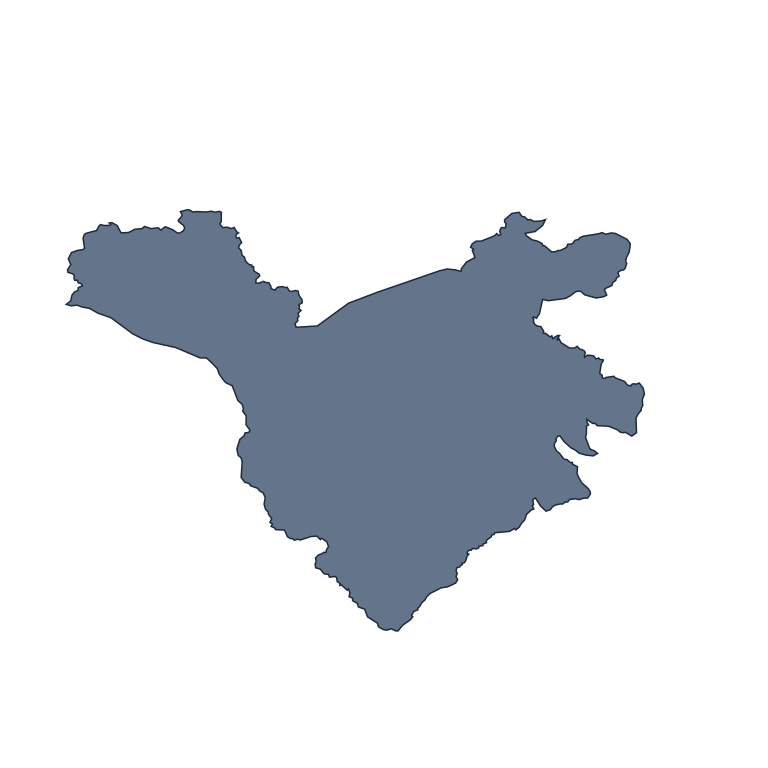 outline of Makhoarane, Maseru, Lesotho, rotated 72°
{"feature_id": "5366337B32255205566264", "entity_name": "Makhoarane", "entity_type": "district", "adm_level": 2, "iso_a3": "LSO", "parent_name": "Lesotho", "parent_adm1": "Maseru", "projection": "robinson", "projection_center": [27.527, -29.591], "detail": "fine", "context": "isolated", "style": "filled", "palette": "slate", "viewbox_px": 768, "rotation_deg": 72, "n_neighbors": 0, "source": "geoboundaries", "source_scale": "gbopen_adm2", "svg_char_len": 6158}
<svg xmlns="http://www.w3.org/2000/svg" viewBox="0 0 768 768"><g transform="rotate(72 384 384)"><path d="M210.1,661.6L212.9,657.6L214.2,651.5L217.6,647.2L221.0,640.8L228.3,634.1L236.7,623.1L258.5,607.6L266.5,599.6L273.3,590.7L284.9,570.9L302.4,550.8L304.4,544.7L311.9,540.7L318.0,537.7L323.5,537.7L330.8,535.4L333.9,534.0L338.7,528.9L354.6,528.1L359.6,525.1L363.9,525.4L366.4,526.8L371.7,524.9L380.1,527.8L386.7,525.7L388.2,527.8L387.6,531.3L390.1,533.2L392.1,538.2L400.2,544.0L406.9,544.7L409.8,542.8L413.9,542.8L428.7,548.7L434.4,546.8L436.9,543.1L439.6,542.3L443.9,536.7L447.5,535.1L450.3,532.5L455.5,532.1L461.2,535.2L466.5,535.4L469.9,533.7L472.3,534.1L477.4,532.4L480.4,535.2L482.6,533.3L484.5,535.4L486.8,532.8L489.1,532.0L492.1,523.8L499.5,523.0L502.3,520.4L502.8,518.7L504.8,517.6L505.0,514.0L506.5,511.8L506.5,500.7L507.9,494.9L512.3,492.6L511.5,490.9L516.3,487.2L521.5,487.0L523.9,490.0L526.3,491.3L525.5,493.2L526.4,496.2L526.2,498.9L528.3,502.9L532.3,503.5L534.0,505.2L537.7,505.8L540.4,501.8L546.1,499.6L547.9,495.6L550.8,495.6L552.1,489.6L553.8,488.9L557.5,489.6L560.1,487.4L561.9,488.3L561.9,486.6L568.8,482.7L567.9,481.0L571.9,481.0L575.5,482.9L578.0,480.0L580.4,480.8L584.3,477.2L588.2,477.2L592.1,472.0L600.4,471.6L609.5,464.1L613.3,464.3L617.2,460.7L619.0,457.5L619.1,452.7L622.3,449.3L623.2,446.9L619.2,440.8L616.4,431.8L614.3,428.6L612.6,429.4L609.5,425.8L609.2,421.5L607.7,421.3L606.4,418.5L603.7,415.7L602.1,411.9L599.0,408.4L597.5,405.0L595.5,392.6L596.6,386.2L595.5,377.4L592.9,374.4L589.5,375.0L586.8,372.9L583.8,373.2L581.2,371.4L581.4,368.5L580.1,367.1L580.0,365.3L578.5,365.2L578.8,362.9L577.6,361.1L573.4,358.1L572.0,355.9L571.2,357.2L569.7,356.8L568.4,355.0L569.0,352.1L567.7,350.8L569.4,347.1L569.2,344.6L567.6,344.0L568.3,339.9L566.8,339.2L566.6,335.5L565.1,335.3L563.9,333.9L562.7,329.6L560.9,328.1L561.1,325.7L559.7,324.6L563.0,310.1L561.7,304.4L563.5,303.7L561.9,299.6L559.1,296.5L556.9,292.4L551.9,288.5L549.2,282.6L549.2,280.2L545.7,280.6L544.8,279.0L539.9,278.2L539.2,275.2L548.3,272.9L555.0,269.2L555.0,265.0L552.7,261.3L552.1,258.4L552.5,253.6L553.4,251.2L552.3,248.4L552.9,245.6L551.2,243.4L552.3,237.3L554.3,234.2L554.3,229.3L555.4,225.5L552.3,221.6L550.3,221.2L546.7,222.0L539.2,226.4L532.6,227.8L528.6,228.0L522.5,225.5L518.7,229.3L516.8,229.1L516.5,230.9L512.6,233.2L511.0,236.1L504.4,238.4L500.6,240.7L495.5,241.3L492.7,239.8L491.1,237.5L489.1,237.3L487.3,234.7L487.9,232.6L494.4,230.6L502.8,225.7L505.9,222.5L510.0,219.9L513.7,214.5L517.0,207.4L516.0,202.3L512.1,204.9L511.0,206.8L508.9,208.3L496.9,208.8L494.2,207.0L486.5,204.4L486.2,202.1L483.5,202.7L480.3,202.0L486.0,197.8L486.7,195.4L489.5,194.1L493.5,183.6L499.9,175.9L502.6,174.4L504.2,171.8L504.6,169.2L510.1,164.5L508.4,158.9L494.4,154.9L491.3,151.9L488.4,147.4L486.4,146.7L484.6,144.6L478.5,143.1L474.0,139.4L468.0,138.8L462.0,140.9L462.0,144.8L460.8,146.7L461.0,148.7L462.1,149.8L460.3,152.8L455.8,154.5L449.6,162.1L447.7,163.0L446.4,170.8L447.0,172.6L445.6,174.6L443.3,173.7L440.6,175.5L432.2,171.3L429.6,168.3L428.6,168.2L427.4,171.2L425.6,171.8L425.6,174.7L422.0,176.0L420.5,179.0L419.4,181.8L420.5,184.8L418.6,184.6L416.9,183.0L414.7,183.1L412.4,185.1L411.4,187.1L407.8,188.6L408.7,191.5L407.1,196.4L399.5,202.8L395.0,203.6L395.8,204.3L395.6,205.5L394.0,204.8L392.2,202.1L391.5,203.5L392.3,207.7L393.2,208.2L393.0,209.5L390.0,209.5L390.6,210.9L390.1,211.8L385.9,214.5L384.9,216.8L383.2,215.8L377.9,217.1L376.0,220.6L373.9,222.2L370.9,222.6L368.6,221.5L366.8,222.1L366.4,220.8L368.6,218.7L365.1,214.4L352.6,207.0L355.6,201.8L358.7,184.9L357.7,179.5L355.6,173.7L355.6,170.8L356.6,168.3L361.3,165.5L367.8,155.6L368.9,147.9L368.3,144.7L362.8,145.4L361.5,143.6L360.8,136.8L358.1,134.9L357.1,131.6L355.0,130.1L354.1,127.1L350.1,127.1L349.2,123.8L349.6,120.8L348.6,119.0L344.3,115.9L342.2,116.3L338.6,114.3L334.4,110.1L330.1,107.9L326.5,106.4L321.6,108.1L312.3,117.4L310.5,121.3L310.1,126.9L307.4,129.8L307.4,133.8L305.0,148.9L305.4,152.7L306.6,154.1L306.4,158.1L308.5,160.8L308.8,162.8L307.9,166.1L310.4,168.1L311.0,171.6L311.5,174.9L310.7,177.7L311.3,179.5L310.2,183.7L302.4,188.4L301.6,190.0L299.2,190.2L295.6,193.8L292.7,198.5L287.0,202.7L284.4,203.2L285.7,193.1L282.1,184.0L277.5,179.6L277.5,184.4L275.7,191.1L272.7,194.1L272.6,196.4L268.6,198.5L267.2,201.0L262.4,202.5L261.3,209.8L265.1,218.6L267.3,219.2L269.1,218.4L272.5,220.0L273.0,221.0L271.6,223.2L271.9,224.8L274.3,226.7L278.1,226.8L278.1,229.1L275.8,230.3L277.1,232.9L277.5,237.1L278.1,247.6L276.6,252.2L278.0,256.8L280.6,259.4L283.6,257.2L284.3,258.7L291.8,258.4L293.5,267.9L298.4,274.9L300.7,276.0L297.6,280.7L294.1,288.4L293.5,296.4L294.7,362.4L296.2,392.8L308.2,429.5L302.9,450.0L299.3,450.1L297.1,446.3L294.4,445.9L293.4,444.0L290.2,444.0L288.4,440.1L286.2,441.6L284.6,440.6L282.3,440.4L281.5,436.7L278.9,435.9L273.2,437.4L269.1,437.0L267.7,439.3L267.5,443.2L266.4,445.2L262.0,446.3L261.6,448.6L260.1,450.1L259.0,455.2L260.9,458.7L258.5,461.9L256.4,461.4L252.0,462.2L251.1,464.8L249.1,466.9L249.5,472.0L248.2,474.7L244.9,473.3L242.8,468.8L241.1,468.8L236.3,472.8L232.1,471.8L231.6,473.4L230.0,473.0L229.0,475.0L226.9,476.5L224.0,477.7L220.2,477.5L217.7,479.2L212.9,478.5L209.5,480.2L207.2,478.7L205.5,475.7L199.9,476.6L199.9,478.9L198.2,479.4L195.9,478.0L195.3,475.7L193.8,477.0L188.8,478.1L189.0,481.0L186.3,484.9L185.5,489.0L180.9,490.8L179.6,488.8L170.4,485.6L168.9,487.3L168.5,491.5L166.3,494.8L165.5,500.0L162.0,509.2L161.5,512.4L158.1,515.6L157.5,517.3L157.1,524.4L160.3,523.8L161.9,524.4L164.7,529.1L166.1,529.1L171.5,525.5L174.4,525.5L176.5,527.9L177.3,531.8L176.4,534.0L172.2,537.1L167.3,542.8L166.9,544.0L168.7,548.7L165.7,550.4L164.2,557.6L160.2,562.9L161.4,566.4L159.8,573.2L161.0,580.0L159.0,587.4L150.9,588.8L146.4,592.9L146.0,595.6L147.8,594.6L148.4,595.9L146.8,601.1L144.8,604.4L146.0,606.7L149.2,609.9L148.6,620.8L149.2,622.8L152.5,625.2L162.5,626.9L163.1,628.5L162.2,634.8L162.5,640.7L167.5,645.6L173.7,645.0L177.5,649.7L180.2,650.1L182.9,646.2L185.0,644.9L187.7,646.2L189.9,646.1L190.5,643.7L193.3,643.6L194.9,641.1L197.4,640.4L197.9,645.1L200.4,646.0L200.9,650.1L203.0,653.2L208.2,656.4L210.1,661.6Z" fill="#64748b" stroke="#1e293b" stroke-width="1.5"/></g></svg>